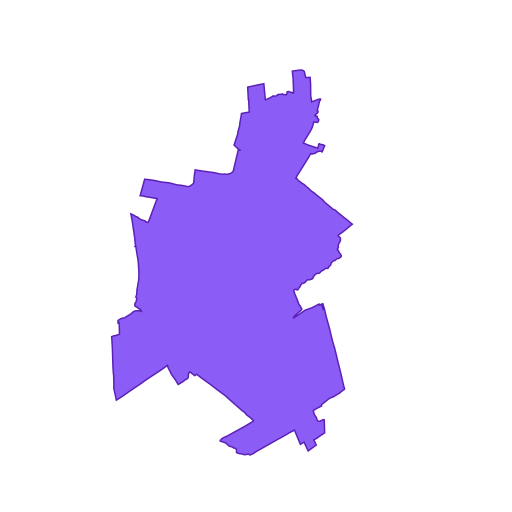 Saveni, Botosani, Romania (Equal Earth projection), rotated 292°
{"feature_id": "2599482B73989625224093", "entity_name": "Saveni", "entity_type": "district", "adm_level": 2, "iso_a3": "ROU", "parent_name": "Romania", "parent_adm1": "Botosani", "projection": "equal_earth", "projection_center": [26.877, 47.965], "detail": "fine", "context": "isolated", "style": "filled", "palette": "violet", "viewbox_px": 512, "rotation_deg": 292, "n_neighbors": 0, "source": "geoboundaries", "source_scale": "gbopen_adm2", "svg_char_len": 6096}
<svg xmlns="http://www.w3.org/2000/svg" viewBox="0 0 512 512"><g transform="rotate(292 256 256)"><path d="M165.7,388.0L166.6,387.5L167.7,386.5L169.8,385.0L179.8,378.0L190.8,370.0L194.6,367.4L197.9,364.9L200.3,363.3L201.4,362.3L204.8,359.6L209.4,356.2L215.4,352.0L226.5,343.5L231.8,339.8L236.8,335.9L236.3,335.4L232.1,338.8L231.6,338.2L235.8,334.7L234.2,333.1L234.2,332.9L235.0,332.4L229.1,327.4L224.2,321.9L212.7,314.2L213.1,313.7L215.2,314.3L223.3,318.5L224.6,317.9L225.0,317.0L226.3,315.7L227.0,314.2L231.1,310.4L236.0,305.6L238.4,303.8L239.2,304.2L239.8,304.8L239.9,305.4L240.2,305.6L240.2,305.8L240.0,306.1L239.9,306.5L240.1,307.1L240.7,307.5L241.1,307.7L242.2,307.7L243.7,308.3L244.8,308.4L246.1,308.3L247.7,309.1L248.1,309.5L249.2,310.9L249.6,311.2L251.9,312.0L253.1,312.5L253.5,313.1L253.7,314.1L255.5,316.5L257.1,317.1L259.6,317.3L260.9,317.8L261.5,318.3L262.4,318.8L263.0,319.5L263.2,320.2L263.8,321.1L264.6,321.5L266.6,322.3L267.7,323.4L270.4,325.1L271.1,326.0L271.3,327.2L272.5,327.6L273.6,327.5L274.0,327.7L274.5,328.2L275.3,328.6L276.7,328.4L277.5,328.4L279.4,329.0L280.6,329.7L281.2,330.4L281.4,330.9L283.7,332.0L284.7,333.6L285.1,333.9L286.0,334.6L287.4,335.2L288.4,334.9L288.9,334.3L290.3,332.1L290.6,331.4L291.9,330.5L292.1,330.0L292.1,329.2L292.6,328.9L294.9,329.2L295.9,328.5L296.8,328.2L297.8,328.1L300.6,328.5L301.8,328.5L302.4,328.4L303.9,327.7L304.5,327.2L304.9,326.5L305.1,325.0L306.2,324.5L307.0,325.1L311.2,327.7L319.9,332.4L321.6,333.4L322.1,331.5L323.8,326.4L324.8,322.6L325.3,321.2L326.5,317.2L326.6,316.6L327.4,314.4L328.0,312.9L328.3,311.6L328.2,310.3L328.3,309.7L331.7,299.2L332.7,297.6L333.2,296.3L335.4,288.7L336.4,285.9L336.6,284.6L336.9,283.3L337.6,281.2L338.1,280.3L339.8,275.0L340.3,274.0L340.7,271.1L341.0,270.5L341.5,268.3L342.1,266.4L343.1,265.0L343.0,263.7L346.1,264.1L363.0,267.1L369.1,268.1L370.8,268.2L371.3,268.4L371.6,268.8L371.4,269.8L371.7,270.1L372.4,270.6L372.7,271.1L372.9,271.9L373.1,272.2L373.5,272.5L374.5,272.9L375.3,273.6L376.6,275.0L377.4,276.7L377.5,277.3L377.2,278.2L378.8,278.4L382.1,278.3L384.0,278.4L384.3,276.5L383.7,274.1L383.8,272.5L383.3,272.3L379.1,272.9L378.4,262.0L378.5,259.0L378.4,258.2L378.5,257.6L382.2,257.9L386.2,258.7L394.3,259.9L396.9,259.9L402.0,259.4L402.8,262.9L403.8,263.3L404.7,263.4L405.2,263.3L406.1,263.0L406.5,262.5L406.7,261.1L407.6,260.9L408.4,260.5L408.5,260.2L408.2,259.3L408.0,258.5L408.4,257.9L410.8,258.9L411.7,259.5L412.6,259.6L413.0,259.5L413.6,259.2L413.7,258.3L414.2,258.2L418.6,257.7L422.5,257.0L423.5,257.0L425.0,257.3L425.7,257.1L425.0,255.5L419.7,249.9L423.0,248.1L424.4,247.0L435.4,242.4L441.9,239.3L441.0,237.2L440.0,235.3L445.1,231.7L445.4,231.3L445.6,230.0L445.6,229.0L445.4,228.2L443.9,225.3L441.0,220.4L434.3,224.0L421.3,229.8L420.8,229.3L420.6,228.9L421.1,228.4L421.2,228.1L420.7,226.4L420.7,224.2L420.0,223.5L419.4,223.4L418.6,223.8L418.1,223.9L417.3,223.8L416.5,223.4L416.7,222.8L416.0,221.2L416.2,219.7L415.5,219.1L414.1,216.1L413.6,215.6L412.9,215.4L412.3,214.9L411.6,214.2L410.9,212.9L411.1,212.5L410.6,211.7L410.4,211.5L409.7,211.3L409.5,211.0L408.9,210.5L407.3,209.3L406.4,208.2L404.9,206.9L404.4,206.1L418.7,198.7L409.5,185.0L398.1,190.3L398.3,190.6L387.9,195.3L386.9,195.9L384.3,191.5L383.8,190.9L382.7,189.1L380.9,189.6L373.4,191.2L370.6,192.0L363.9,192.8L363.2,193.2L361.6,193.4L350.6,194.1L348.7,199.2L348.3,200.8L348.3,201.4L348.2,201.6L348.0,201.4L347.7,199.8L326.2,203.1L325.5,202.9L323.8,202.1L322.5,201.0L321.9,199.9L321.1,199.0L320.6,197.7L320.5,196.7L319.5,194.8L318.6,192.2L317.6,185.9L314.8,174.9L313.1,167.6L313.1,167.3L307.4,168.7L300.6,170.8L299.9,170.8L297.6,169.6L296.3,168.7L295.5,167.9L294.8,167.0L293.7,160.8L292.7,157.2L292.3,156.1L291.6,149.9L291.1,147.4L289.2,140.6L287.9,133.2L286.9,129.1L285.5,124.0L268.5,126.0L269.5,129.7L269.7,131.9L270.3,134.0L271.5,139.8L272.2,142.8L248.2,143.5L246.8,143.4L246.4,140.8L246.9,140.3L247.0,139.8L246.9,138.5L246.6,136.1L246.9,133.8L247.5,132.4L247.7,131.8L247.6,130.3L248.1,126.1L248.2,124.2L242.8,127.7L227.4,136.7L224.6,138.1L220.9,140.2L220.4,140.4L219.9,140.3L220.2,140.7L206.7,148.9L197.3,153.4L193.1,155.1L189.3,156.3L181.1,158.1L180.2,158.2L179.3,158.6L175.6,159.8L172.9,160.0L171.8,161.6L170.4,161.6L168.8,162.0L167.2,161.6L166.3,161.6L165.6,161.9L164.4,162.3L164.0,163.6L163.9,164.9L163.2,166.8L163.3,168.1L163.2,168.5L162.7,169.1L162.6,169.6L161.8,170.4L161.6,168.3L160.9,167.4L160.9,166.6L160.4,165.7L160.0,164.8L158.6,163.3L157.3,162.5L155.6,161.8L150.4,157.9L149.3,157.2L148.9,156.7L148.5,155.7L147.6,154.5L145.4,152.8L144.8,152.4L143.9,152.3L142.1,153.3L142.8,154.1L142.7,154.2L132.4,158.7L130.7,156.9L128.3,153.6L127.2,152.4L116.4,157.5L98.7,165.3L94.2,167.5L91.8,168.8L82.4,172.9L80.7,173.4L79.1,174.3L77.8,175.3L70.0,180.5L75.3,184.3L83.0,189.3L96.1,198.1L98.9,199.7L114.7,210.6L121.5,214.9L119.9,216.0L114.3,222.3L114.0,222.9L111.1,227.5L107.7,232.0L112.6,235.7L114.4,236.5L115.9,237.9L116.6,238.3L117.6,238.6L118.5,238.6L121.2,237.6L122.1,237.6L123.8,238.2L122.1,244.1L124.1,245.3L122.7,250.2L119.8,261.9L117.5,270.1L115.0,279.8L113.0,285.1L107.4,301.2L106.9,303.4L106.0,305.4L105.2,306.7L103.9,311.5L103.4,313.0L103.0,313.4L103.0,313.8L102.2,315.5L101.0,314.8L94.0,309.5L79.5,297.7L78.7,297.1L75.0,293.6L74.1,292.9L71.8,292.0L71.0,292.0L71.3,297.9L69.7,302.3L69.8,304.1L70.1,305.4L69.8,306.4L69.6,307.7L69.9,308.2L69.9,308.7L69.7,309.5L69.2,310.3L68.6,310.7L67.3,311.2L66.5,311.6L66.4,312.3L66.4,313.0L66.7,315.5L67.2,316.6L67.2,318.4L67.4,319.5L68.4,321.6L69.3,322.7L69.6,323.4L69.2,324.3L69.3,325.1L71.9,327.6L73.3,328.4L75.7,330.2L95.2,345.7L98.9,348.8L99.7,349.3L101.9,351.1L105.8,354.1L107.1,355.4L108.7,356.6L109.0,356.9L98.0,367.7L101.4,370.3L94.8,377.4L103.3,382.7L105.3,380.6L107.0,378.5L110.7,381.3L111.9,381.9L117.7,385.9L129.6,380.7L129.8,380.4L129.6,379.8L126.6,376.9L126.2,376.1L126.3,375.2L126.6,374.4L127.0,374.0L129.0,372.3L130.0,370.6L130.9,369.5L133.7,367.3L134.2,367.1L137.5,369.5L141.4,372.9L141.7,372.9L142.2,372.6L142.9,372.5L150.8,377.0L152.1,378.0L154.3,380.4L158.4,383.4L160.2,384.9L161.4,385.4L165.7,388.0Z" fill="#8b5cf6" stroke="#5b21b6" stroke-width="1.5"/></g></svg>